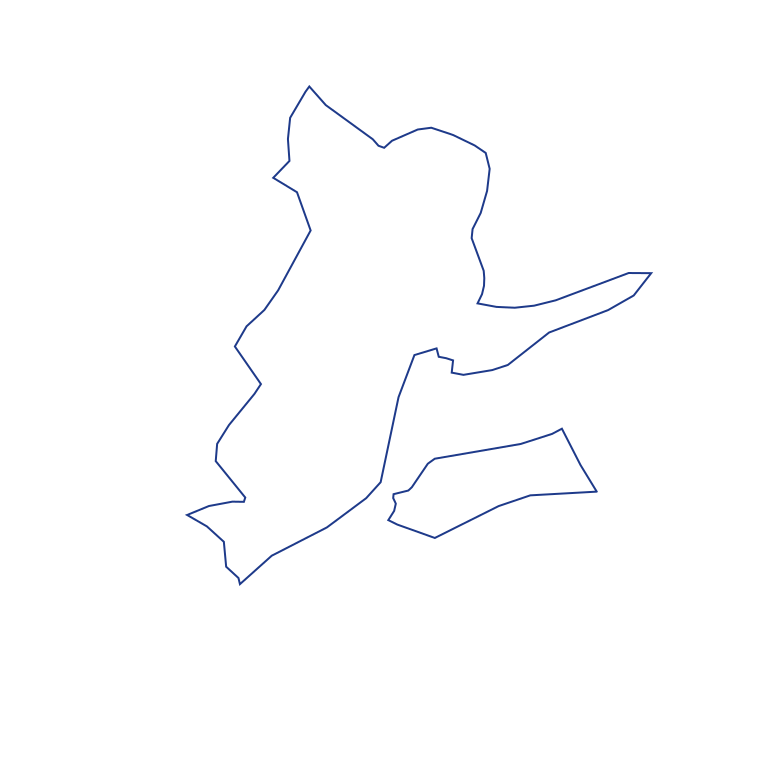 Kilinŏchchi, Robinson projection, rotated 126°
{"feature_id": "LKA-2460", "entity_name": "Kilinŏchchi", "entity_type": "District", "adm_level": 1, "iso_a3": "LKA", "parent_name": "Sri Lanka", "parent_adm1": "", "projection": "robinson", "projection_center": [80.291, 9.445], "detail": "fine", "context": "isolated", "style": "outline", "palette": "blue", "viewbox_px": 768, "rotation_deg": 126, "n_neighbors": 0, "source": "natural_earth", "source_scale": "10m", "svg_char_len": 1331}
<svg xmlns="http://www.w3.org/2000/svg" viewBox="0 0 768 768"><g transform="rotate(126 384 384)"><path d="M187.2,619.3L192.6,595.0L192.6,536.9L194.5,528.5L192.8,522.7L182.5,520.5L158.3,506.3L148.9,496.4L142.9,477.6L141.9,474.2L137.7,450.8L137.3,437.5L147.8,425.0L167.2,414.1L188.8,406.3L206.6,403.4L214.5,398.8L233.8,369.9L236.0,368.0L239.4,365.1L245.8,360.8L253.7,357.5L263.8,355.7L255.5,338.3L250.5,330.7L245.4,323.0L232.4,308.6L215.4,294.3L150.4,251.3L137.3,233.0L165.6,234.0L192.4,246.1L245.3,280.7L295.8,295.0L309.1,304.6L329.9,325.1L335.0,335.9L324.3,342.0L326.6,348.9L329.8,355.7L324.3,362.4L324.4,362.5L342.7,376.4L386.1,364.5L465.4,329.0L486.8,331.3L533.6,345.9L588.9,373.9L630.6,382.9L626.5,387.7L624.6,404.3L605.8,420.8L603.3,443.6L605.7,466.3L585.6,453.9L568.3,437.5L561.7,428.1L557.4,429.5L545.3,474.8L530.5,483.8L508.3,485.3L468.2,483.0L456.4,483.5L441.3,526.7L418.1,529.1L394.4,524.3L370.4,524.7L302.9,533.6L280.0,567.1L282.3,594.8L259.1,591.6L242.3,605.7L223.8,616.4L193.6,619.3L187.2,619.3ZM346.1,148.7L388.1,200.2L415.4,219.5L478.7,252.4L489.9,290.6L491.6,300.5L480.7,301.2L473.9,304.1L472.9,305.8L470.9,309.5L467.5,311.5L455.9,301.7L451.2,300.8L422.7,301.7L414.6,299.0L352.1,238.1L325.3,218.5L325.2,218.5L315.6,213.8L334.1,177.3L346.0,148.7L346.1,148.7Z" fill="none" stroke="#1e3a8a" stroke-width="2"/></g></svg>